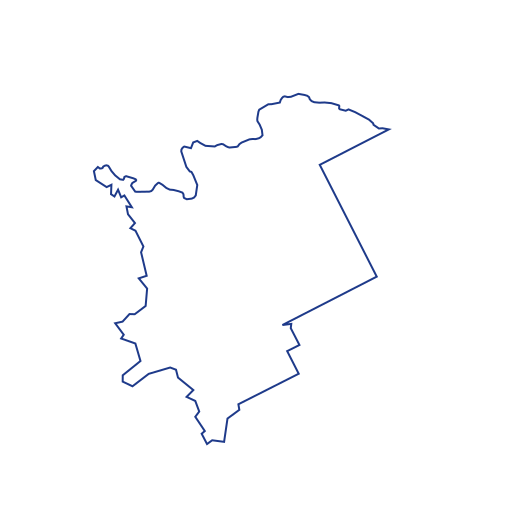 Jackson, Oklahoma, United States of America (Equal Earth projection), rotated 153°
{"feature_id": "52423323B19658065056773", "entity_name": "Jackson", "entity_type": "district", "adm_level": 2, "iso_a3": "USA", "parent_name": "United States of America", "parent_adm1": "Oklahoma", "projection": "equal_earth", "projection_center": [-99.395, 34.598], "detail": "fine", "context": "isolated", "style": "outline", "palette": "blue", "viewbox_px": 512, "rotation_deg": 153, "n_neighbors": 0, "source": "geoboundaries", "source_scale": "gbopen_adm2", "svg_char_len": 2308}
<svg xmlns="http://www.w3.org/2000/svg" viewBox="0 0 512 512"><g transform="rotate(153 256 256)"><path d="M340.7,126.5L339.0,131.9L271.4,131.7L271.4,157.1L257.7,157.0L257.8,175.9L255.4,179.5L263.8,182.5L157.8,182.8L157.8,308.3L80.2,308.5L85.3,312.4L88.6,313.8L91.7,319.5L91.4,321.1L93.4,326.2L102.3,339.1L107.0,344.6L110.1,344.7L114.6,348.6L114.9,349.2L114.9,349.9L113.7,351.8L113.8,352.6L119.5,358.0L125.3,361.7L129.9,363.8L134.3,366.6L136.0,368.6L136.5,369.8L136.9,371.5L136.6,373.4L137.6,375.5L139.7,377.5L144.6,381.2L152.6,382.0L155.6,383.2L157.9,385.2L159.4,385.5L160.8,385.1L163.1,383.9L165.1,381.9L173.2,384.2L176.2,385.6L186.7,384.9L188.3,383.5L192.1,378.4L193.1,376.7L193.5,375.4L193.1,371.4L193.5,365.8L195.4,360.6L197.9,359.7L199.9,359.6L203.2,360.3L205.9,361.8L208.9,362.9L217.3,363.6L220.0,363.2L222.6,361.9L224.1,362.2L230.4,364.7L231.6,365.8L232.9,367.5L234.5,370.4L235.9,371.5L240.1,372.4L241.2,372.4L243.0,372.3L251.0,377.1L254.3,381.9L256.1,385.2L260.4,385.7L265.0,381.6L270.1,386.0L270.8,386.1L272.6,385.6L274.1,384.7L275.1,383.1L277.6,367.0L276.6,361.4L275.4,360.3L275.3,359.5L275.2,356.4L276.1,345.9L282.2,337.3L284.7,336.2L287.2,336.3L291.9,338.0L293.7,340.3L293.6,341.6L292.8,343.4L292.6,344.3L292.8,345.9L295.5,348.8L299.5,352.3L302.7,354.3L305.0,357.3L307.0,361.9L309.0,365.1L309.5,365.5L310.4,365.5L313.9,364.5L317.9,362.0L319.8,361.4L321.9,361.8L333.1,367.3L334.4,368.2L335.4,375.3L334.4,376.3L333.0,377.2L328.9,377.5L328.3,378.0L328.4,379.0L330.0,380.9L335.5,386.1L337.3,386.2L338.7,384.7L339.8,384.2L342.4,386.1L344.9,391.8L346.2,397.2L346.6,402.6L346.9,403.6L348.1,404.7L349.7,405.1L351.6,405.0L352.5,404.2L353.6,404.1L355.4,404.8L356.5,407.1L361.9,405.2L364.3,396.4L357.8,385.2L352.5,385.1L357.1,376.9L355.1,373.3L348.8,377.7L349.5,369.5L345.8,369.7L344.5,355.8L348.9,359.0L351.1,351.3L348.9,340.3L355.3,337.8L351.9,333.2L352.0,315.6L356.7,311.5L362.4,288.0L370.6,289.3L367.8,276.4L377.0,261.6L390.5,259.2L395.1,261.7L404.7,258.1L412.0,260.0L409.6,245.9L413.6,243.7L403.2,232.8L406.6,214.9L428.9,210.2L431.8,204.6L425.2,196.0L405.1,199.7L383.1,195.6L378.9,191.0L380.7,183.1L372.7,165.0L381.8,162.0L375.9,154.4L377.2,143.2L383.1,140.3L381.1,123.3L385.1,122.3L385.0,110.7L378.7,111.7L368.8,104.9L355.2,124.1L340.7,126.5Z" fill="none" stroke="#1e3a8a" stroke-width="2"/></g></svg>